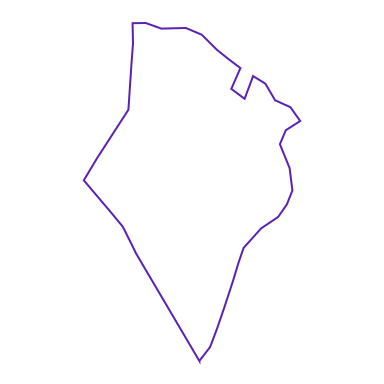 Mandoul Occidental, Mandoul, Chad (Natural Earth projection)
{"feature_id": "50815135B23154120961269", "entity_name": "Mandoul Occidental", "entity_type": "district", "adm_level": 2, "iso_a3": "TCD", "parent_name": "Chad", "parent_adm1": "Mandoul", "projection": "natural_earth1", "projection_center": [17.307, 8.609], "detail": "fine", "context": "isolated", "style": "outline", "palette": "violet", "viewbox_px": 384, "rotation_deg": 0, "n_neighbors": 0, "source": "geoboundaries", "source_scale": "gbopen_adm2", "svg_char_len": 601}
<svg xmlns="http://www.w3.org/2000/svg" viewBox="0 0 384 384"><path d="M83.8,180.3L112.2,213.9L122.8,226.7L129.4,239.9L136.2,253.7L199.4,361.0L199.4,360.9L210.1,347.0L217.1,328.5L224.4,307.2L233.2,280.3L238.7,262.1L243.6,247.9L261.2,228.3L278.2,216.9L286.9,204.3L292.4,190.5L289.6,168.1L279.9,144.2L285.8,130.2L300.2,121.0L290.4,107.2L275.1,100.3L265.4,83.7L253.1,76.1L244.6,98.8L231.3,88.9L240.4,68.1L228.1,58.8L216.9,49.8L201.7,34.7L185.9,28.0L161.3,28.6L145.7,23.0L132.6,23.2L132.6,24.1L133.0,43.4L131.4,64.9L128.4,109.7L97.0,158.3L83.8,180.3Z" fill="none" stroke="#5b21b6" stroke-width="2"/></svg>